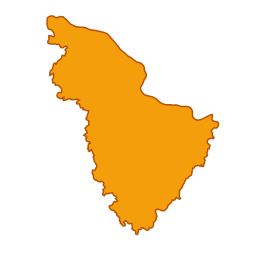 outline of Passos, Minas Gerais, Brazil, rotated 5°
{"feature_id": "56859067B86797639547756", "entity_name": "Passos", "entity_type": "district", "adm_level": 2, "iso_a3": "BRA", "parent_name": "Brazil", "parent_adm1": "Minas Gerais", "projection": "albers", "projection_center": [-46.64, -20.726], "detail": "fine", "context": "isolated", "style": "filled", "palette": "amber", "viewbox_px": 256, "rotation_deg": 5, "n_neighbors": 0, "source": "geoboundaries", "source_scale": "gbopen_adm2", "svg_char_len": 5770}
<svg xmlns="http://www.w3.org/2000/svg" viewBox="0 0 256 256"><g transform="rotate(5 128 128)"><path d="M210.8,107.2L209.2,107.8L207.6,108.5L203.3,111.4L200.8,112.8L197.6,114.0L195.5,114.0L194.0,113.4L192.7,112.5L191.8,111.6L191.4,110.5L191.0,109.1L190.9,107.3L190.7,106.0L190.2,104.6L189.3,103.2L188.1,102.3L186.8,101.7L185.2,101.5L183.5,101.5L181.0,101.8L179.8,101.9L178.6,101.8L177.2,101.5L174.9,101.0L173.7,100.8L172.5,101.2L170.4,101.2L167.4,101.2L164.9,101.4L163.9,101.6L162.3,101.4L159.7,100.6L158.1,99.9L156.5,98.8L155.3,97.9L154.2,96.9L153.3,96.4L150.9,95.4L149.7,94.9L148.4,94.6L147.1,94.6L144.0,94.0L142.3,93.7L140.7,92.9L139.2,91.5L138.3,90.4L137.6,89.2L137.0,87.9L137.1,86.0L138.4,83.5L139.0,81.9L139.4,80.3L139.8,79.0L141.1,76.6L141.6,74.7L141.6,72.9L140.9,71.6L140.1,70.4L139.4,69.1L138.8,66.2L137.8,64.4L136.5,63.2L135.1,62.3L133.8,61.8L131.1,61.6L127.0,59.1L125.5,58.1L124.2,57.4L122.9,57.0L119.5,54.7L118.4,53.8L117.3,52.9L116.0,52.2L114.9,51.4L113.9,50.7L112.8,49.7L112.0,48.7L111.0,47.4L109.3,45.8L108.5,44.9L103.8,40.4L102.6,39.3L100.6,37.1L99.5,36.3L98.3,35.8L96.5,35.1L95.1,34.8L93.6,34.6L91.9,34.3L88.2,33.8L86.4,33.7L84.3,33.5L83.2,33.5L81.6,33.5L80.0,32.9L78.6,32.3L77.1,31.9L75.4,31.7L73.7,31.6L70.6,31.8L69.5,31.8L66.6,31.4L65.2,30.9L63.7,30.3L62.4,29.8L61.3,29.2L60.1,28.2L58.1,26.2L56.4,24.9L55.1,24.1L53.9,23.0L52.0,23.1L50.6,22.8L49.4,23.3L48.3,24.1L47.1,24.4L45.7,24.0L44.2,23.3L43.0,23.0L41.0,23.2L39.4,24.1L38.2,25.2L38.0,26.9L38.3,28.6L38.1,30.1L38.3,31.7L38.9,33.3L39.3,35.2L40.4,36.4L41.7,36.6L43.6,37.2L44.9,38.6L45.8,39.8L46.6,42.0L46.5,43.4L45.4,43.7L44.2,43.3L43.1,42.7L41.1,43.1L41.1,44.7L41.8,46.0L41.3,47.4L40.6,48.5L40.7,50.1L41.8,50.8L43.5,51.0L46.6,50.9L47.8,50.5L49.0,50.7L50.0,51.1L51.1,50.7L52.3,51.0L53.2,52.2L54.2,53.7L56.1,53.7L57.7,52.5L58.9,51.9L60.2,52.1L60.5,53.3L59.2,54.5L58.5,55.9L59.7,56.9L59.8,58.2L59.2,59.6L58.8,61.4L57.4,61.4L56.1,61.4L55.8,62.5L55.7,64.1L54.6,65.4L52.9,66.8L52.0,67.7L51.6,69.0L50.7,70.7L49.6,69.6L48.6,70.4L48.1,71.5L48.2,72.7L47.7,74.2L47.6,76.0L46.7,76.7L45.7,78.0L45.4,79.7L45.4,81.0L45.6,82.4L46.7,81.8L47.7,81.0L48.9,80.2L49.4,81.6L49.2,85.0L48.3,86.0L48.9,88.4L49.3,89.6L50.5,89.3L51.4,90.2L52.1,91.8L53.3,91.4L54.9,91.6L58.0,94.2L58.5,95.9L58.9,97.3L58.3,98.8L56.7,98.5L55.4,98.9L54.8,100.3L54.3,101.9L54.9,103.1L56.0,103.8L57.2,104.5L58.7,104.6L59.8,104.5L60.4,103.2L61.7,103.0L61.2,104.7L61.2,106.2L62.6,105.8L63.8,105.6L64.8,104.9L66.0,104.3L67.6,103.6L69.2,104.8L72.5,104.3L73.8,103.9L75.3,104.0L76.9,104.3L75.5,105.5L74.4,107.1L75.1,108.5L76.6,108.2L77.7,108.6L78.2,110.4L79.0,111.9L80.3,112.1L81.5,112.0L81.5,113.6L82.9,113.7L84.6,113.9L86.0,114.4L87.3,114.1L87.2,115.6L86.8,117.3L86.3,118.4L86.4,119.6L86.0,120.9L85.2,122.4L86.1,123.4L87.2,123.8L88.5,124.5L88.2,126.1L88.7,127.2L88.5,128.6L87.2,129.4L86.2,130.8L85.2,131.9L85.8,133.2L86.6,134.2L87.2,135.1L87.7,136.2L86.9,137.1L85.6,137.9L84.6,139.1L86.6,139.9L87.8,140.9L86.8,141.9L87.4,142.9L87.5,144.2L89.0,145.1L90.8,145.1L91.7,146.4L90.4,146.9L90.0,148.0L89.8,149.1L90.2,150.6L89.5,152.0L90.6,152.7L90.6,154.2L91.7,154.7L93.4,152.8L94.3,154.4L95.2,156.0L95.9,157.2L96.7,158.3L95.8,159.9L97.1,163.1L97.6,164.6L98.7,165.8L99.8,167.5L100.3,169.1L99.6,170.7L99.2,172.2L97.8,173.2L96.3,173.1L96.3,174.5L96.2,175.8L96.9,177.2L97.6,178.0L97.8,179.2L97.9,180.5L98.9,181.8L100.2,182.8L101.5,182.7L102.5,183.7L103.7,184.0L104.9,184.1L106.4,183.5L107.8,184.0L108.8,185.0L108.3,186.5L108.8,187.7L110.1,188.4L110.2,189.7L109.3,190.7L108.3,191.6L109.1,192.9L109.0,194.8L108.3,196.1L109.0,196.9L110.2,197.6L111.8,195.1L113.7,195.3L115.4,194.6L116.9,194.1L118.4,193.9L119.1,195.6L120.1,196.7L122.4,197.2L122.7,198.3L121.7,199.3L122.9,200.4L124.0,201.5L122.9,202.4L121.8,202.6L120.7,202.5L120.0,203.6L119.0,206.0L116.1,207.4L116.4,208.6L117.1,209.6L118.0,210.9L119.4,211.3L120.6,211.1L121.8,212.1L122.4,213.1L123.7,213.4L124.2,214.7L124.6,216.1L125.6,216.6L126.5,217.3L127.5,218.4L127.5,219.9L127.7,221.5L128.8,221.8L128.7,223.7L130.0,224.2L130.8,225.5L132.2,225.9L133.5,225.7L133.6,224.3L133.1,223.2L132.1,222.6L132.4,221.4L133.6,220.6L135.2,221.4L136.4,222.9L137.8,223.4L138.8,222.9L140.1,223.0L140.8,224.9L140.9,228.6L142.6,229.3L143.9,229.5L144.8,230.9L144.8,232.8L146.6,233.2L147.2,231.4L147.4,228.1L148.9,228.1L150.2,227.5L150.4,226.3L151.8,226.3L153.3,226.9L154.5,227.6L156.1,228.3L157.5,227.5L158.0,225.9L160.4,225.3L161.3,224.4L161.9,221.7L161.6,220.3L162.4,219.1L163.3,218.1L164.0,216.5L164.0,214.7L164.6,213.4L163.7,211.6L163.2,210.1L162.5,208.9L163.0,206.9L164.3,206.3L165.7,206.4L167.0,206.7L168.5,207.3L170.4,207.5L171.8,206.9L173.6,204.7L174.4,203.1L174.7,201.4L176.0,200.2L177.4,198.8L178.0,197.4L178.3,195.9L179.4,196.0L180.6,195.7L181.4,194.6L182.1,193.1L183.8,193.6L185.7,194.4L186.5,193.4L185.4,192.4L184.8,190.8L185.0,189.3L184.9,187.8L184.8,186.0L185.5,184.7L186.2,183.6L187.0,182.6L187.3,181.5L187.6,180.2L188.1,179.1L188.7,178.0L189.2,176.4L189.9,174.9L190.1,173.6L191.4,172.9L192.4,172.1L193.1,171.2L194.1,170.3L195.2,169.4L195.5,167.5L195.5,166.0L195.9,164.3L195.9,162.5L197.1,162.2L197.7,160.8L198.9,159.6L199.9,159.6L201.1,159.3L202.6,159.6L203.9,159.6L204.3,158.4L205.3,159.8L206.7,159.4L206.6,157.6L207.2,156.2L207.3,154.6L207.7,153.3L206.7,152.5L206.8,150.8L208.0,150.0L209.0,149.3L209.6,148.0L208.6,146.3L209.1,144.8L209.3,143.4L209.3,141.8L210.9,141.5L210.7,140.0L211.3,138.5L210.2,137.3L208.5,136.1L208.1,134.5L208.4,133.0L209.5,132.0L210.5,131.4L212.9,130.7L214.0,131.2L214.5,129.9L213.4,128.9L212.6,127.6L212.7,125.8L211.5,124.5L211.1,123.1L212.1,122.2L212.8,121.2L214.0,120.2L215.8,120.4L217.0,119.6L217.6,117.9L218.0,116.3L217.0,114.3L215.0,113.9L213.4,113.9L212.0,113.3L210.9,112.4L210.6,111.1L211.0,109.9L211.1,108.7L210.8,107.2Z" fill="#f59e0b" stroke="#b45309" stroke-width="1.5"/></g></svg>